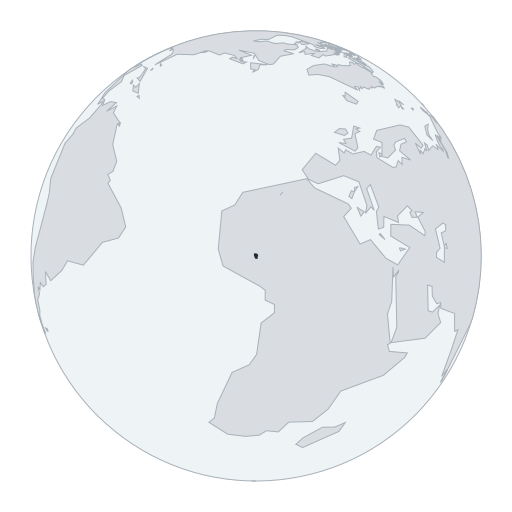 globe centered on Balé, rotated 39°
{"feature_id": "BFA-2803", "entity_name": "Balé", "entity_type": "Province", "adm_level": 1, "iso_a3": "BFA", "parent_name": "Burkina Faso", "parent_adm1": "", "projection": "orthographic", "projection_center": [-3.038, 11.667], "detail": "fine", "context": "on_globe", "style": "filled", "palette": "slate", "viewbox_px": 512, "rotation_deg": 39, "n_neighbors": 0, "source": "natural_earth", "source_scale": "10m", "svg_char_len": 9423}
<svg xmlns="http://www.w3.org/2000/svg" viewBox="0 0 512 512"><g transform="rotate(39 256 256)"><circle cx="256" cy="256" r="225" fill="#eef3f6" stroke="#a8b0b8"/><path d="M194.5,39.3L194.4,39.3L172.6,47.6L176.8,46.2L171.2,49.4L174.0,49.3L169.2,51.5L175.5,49.6L179.4,47.6L183.5,46.3L185.5,46.2L179.7,48.8L177.8,49.3L177.2,50.0L173.4,51.5L176.4,50.7L169.1,54.4L179.2,50.9L175.8,53.9L170.2,56.3L167.1,55.9L146.5,62.8L139.8,66.3L133.6,71.1L129.5,79.8L123.7,84.3L118.6,90.5L123.4,87.7L129.2,82.0L136.9,79.1L143.0,73.2L147.1,71.4L154.9,66.1L157.6,67.3L156.0,71.7L149.7,76.4L148.8,78.8L158.0,75.0L149.2,85.5L148.8,95.7L146.1,98.8L135.2,102.3L127.2,99.5L113.0,106.8L126.1,102.9L119.2,111.7L119.7,113.8L122.3,114.2L126.5,111.3L124.9,114.9L111.4,119.3L112.6,116.2L116.9,114.5L113.0,113.7L103.9,118.0L101.1,122.8L90.2,126.2L88.1,130.0L84.5,133.2L88.7,126.9L81.0,138.8L67.8,148.8L57.1,171.1L63.4,152.3L63.0,148.9L61.6,147.5L59.7,151.0L60.4,146.1L56.5,151.5L48.5,168.2L43.0,182.6L42.9,185.8L45.9,179.0L47.6,179.4L39.9,198.7L41.7,205.2L37.8,220.7L37.5,230.0L40.0,229.6L42.1,235.4L45.9,227.5L51.0,224.6L48.8,237.6L53.4,227.0L55.0,234.4L66.6,238.1L65.1,240.8L74.5,259.6L88.3,270.1L91.5,280.4L89.5,285.8L95.1,288.8L95.2,292.7L120.8,303.4L136.5,315.4L137.8,328.6L128.1,341.9L127.6,371.8L112.5,378.3L114.2,389.7L112.0,404.4L102.1,400.6L110.7,410.0L110.0,413.8L105.1,412.4L109.3,418.2L105.9,417.0L111.7,421.8L113.9,427.4L122.1,434.1L125.6,438.5L131.2,442.4L129.7,441.7L130.2,442.3L132.8,444.2L124.9,439.1L114.1,430.7L110.5,427.3L108.4,425.8L100.0,416.4L100.5,417.7L86.7,401.3L79.2,388.4L60.7,347.2L56.1,337.8L47.6,324.7L36.7,288.8L37.0,276.7L35.8,269.6L39.8,253.6L40.5,235.6L39.6,232.2L37.5,237.8L35.9,223.7L37.8,209.5L40.2,191.5L45.3,176.2L51.6,161.3L58.9,146.9L67.2,133.1L76.5,119.8L86.7,107.3L97.8,95.6L109.7,84.7L122.4,74.6L135.7,65.5L149.7,57.4L164.2,50.3L179.2,44.2L194.5,39.3ZM53.6,178.4L56.0,193.3L51.6,192.4L53.0,190.8L53.0,185.3L52.1,179.3L49.0,179.7L53.6,178.4ZM61.6,168.0L60.9,166.4L62.0,167.0L61.6,168.0ZM152.9,65.9L153.8,66.0L151.9,66.9L152.9,65.9ZM155.3,63.6L152.4,64.6L153.1,63.7L154.9,63.1L155.3,63.6ZM158.8,62.7L154.8,62.0L156.1,60.5L164.2,57.2L158.8,62.7ZM179.8,47.1L175.7,49.1L177.3,47.6L179.8,47.1ZM179.8,46.5L178.7,44.9L185.6,42.3L184.6,43.1L192.1,40.3L196.1,39.7L192.8,41.2L187.5,42.8L193.1,41.5L179.8,46.5ZM185.3,45.7L184.4,45.4L190.4,43.0L193.2,43.2L190.4,43.9L185.3,45.7ZM192.2,40.1L197.1,38.6L201.7,37.7L204.2,37.1L196.8,39.5L192.2,40.1ZM190.0,44.4L194.4,43.5L193.4,44.6L186.5,45.8L190.0,44.4ZM190.8,42.4L193.7,41.4L193.0,42.0L190.8,42.4ZM192.3,49.1L191.2,48.3L194.2,47.0L192.3,49.1ZM196.2,43.1L196.5,42.7L197.5,42.2L200.2,41.9L196.2,43.1ZM200.5,38.9L201.4,39.0L203.8,37.8L207.3,37.4L201.7,39.3L205.6,38.3L206.7,38.2L200.9,39.9L200.5,38.9ZM206.0,40.2L200.1,43.1L201.6,44.5L199.0,45.7L197.1,43.2L206.0,40.2ZM203.5,39.8L204.5,40.3L200.7,41.3L197.7,41.6L203.5,39.8ZM211.7,36.6L207.8,36.7L209.1,36.4L211.7,36.6ZM207.2,40.4L208.6,39.8L207.8,40.4L207.2,40.4ZM211.2,37.5L209.6,37.4L211.2,37.0L211.2,37.5ZM212.7,38.7L210.8,39.5L208.7,39.6L212.7,38.7ZM212.6,37.9L215.2,37.4L209.1,39.2L211.6,38.0L212.6,37.9ZM212.9,37.1L213.3,36.8L213.3,37.1L212.9,37.1ZM221.8,38.0L214.6,40.2L210.0,40.4L217.6,38.1L221.8,38.0ZM140.6,448.9L126.9,440.5L133.4,444.6L131.5,442.8L141.0,448.4L140.6,448.9ZM137.8,444.3L139.4,443.9L141.7,445.1L141.0,445.8L137.8,444.3ZM463.8,169.1L463.1,167.4L465.6,175.1L471.2,200.6L475.9,221.9L476.1,232.8L466.6,205.4L459.3,186.2L457.8,189.5L446.5,175.7L432.5,180.4L428.8,175.9L426.5,179.4L418.3,176.2L411.9,168.8L407.7,170.6L424.2,190.2L428.5,188.5L429.7,178.7L433.7,186.3L441.4,191.5L439.1,213.5L415.5,238.3L410.3,222.8L377.5,184.0L376.9,179.1L376.6,178.6L376.0,177.7L376.0,185.9L369.4,178.4L390.0,205.8L394.7,218.4L415.2,239.4L414.0,242.2L419.7,246.2L434.6,236.1L435.3,241.5L430.1,268.5L406.9,307.6L408.4,329.7L404.0,349.1L386.0,364.5L384.0,378.7L374.2,385.1L371.2,393.3L361.3,402.8L346.1,412.3L324.1,414.9L325.5,407.9L318.8,395.0L310.7,361.5L319.2,344.7L318.4,332.1L302.2,304.9L306.0,288.5L300.9,282.1L290.9,284.5L284.7,276.8L278.4,277.0L236.7,284.5L222.3,274.4L201.1,242.5L207.4,229.6L205.7,214.8L246.8,164.0L258.8,166.2L294.9,157.5L300.0,158.9L299.3,170.1L329.3,181.2L334.7,171.2L358.3,176.0L371.7,173.7L370.2,152.6L348.2,155.7L340.9,146.5L355.7,135.5L374.4,134.0L372.1,130.4L357.3,124.0L358.6,116.9L351.9,121.4L356.9,124.5L352.8,127.8L348.0,125.2L348.6,122.5L342.1,121.8L340.7,135.6L345.6,140.3L330.5,144.8L337.2,153.3L334.1,158.1L321.6,145.6L320.6,140.6L299.8,128.5L299.6,134.0L319.1,146.1L314.4,145.5L314.2,154.1L310.6,147.1L289.3,133.6L273.6,138.4L258.8,160.8L248.6,163.3L237.6,159.9L237.8,138.6L260.7,135.4L261.0,128.9L252.0,120.4L259.7,120.5L258.8,117.0L267.0,115.8L274.2,106.7L281.9,105.2L280.6,95.0L284.3,93.1L284.0,99.4L288.0,103.5L306.6,101.0L308.9,98.6L306.5,92.4L312.0,93.0L307.3,87.4L315.9,84.1L301.4,83.9L298.3,77.8L301.1,72.7L297.5,71.0L292.8,79.3L293.2,82.9L297.8,85.9L296.7,96.9L291.3,99.4L282.5,88.5L273.8,91.2L270.8,82.4L285.4,63.5L293.6,59.7L316.1,64.8L316.6,68.3L308.8,68.0L319.9,73.3L317.1,70.4L321.6,71.2L319.7,66.5L322.8,66.9L315.7,62.1L319.3,62.1L323.7,65.2L324.0,59.2L330.3,58.7L328.8,57.3L325.5,55.9L335.7,56.7L334.2,55.6L330.3,54.9L324.7,52.5L318.8,48.9L322.7,49.3L325.3,50.7L336.7,54.7L343.1,58.9L344.1,58.8L339.4,55.3L325.6,50.3L321.0,48.1L327.5,49.9L324.8,49.0L323.7,48.1L326.2,47.8L319.0,45.7L301.8,37.5L305.0,37.0L312.8,39.0L304.8,36.1L306.2,36.4L322.1,40.6L337.6,46.0L352.7,52.5L367.3,60.2L381.3,68.8L394.7,78.5L407.3,89.1L419.1,100.6L430.0,112.9L440.0,126.0L449.0,139.8L456.9,154.2L463.8,169.1ZM236.6,189.3L236.4,193.7L236.6,189.3ZM397.1,143.5L406.4,142.4L397.1,130.9L399.9,129.7L395.8,126.5L396.4,130.1L385.4,121.4L387.6,117.2L383.8,112.4L380.5,112.7L378.4,122.0L394.1,134.1L394.1,139.6L397.1,143.5ZM67.0,238.1L68.1,241.1L66.1,240.5L67.0,238.1ZM49.4,197.2L50.7,198.4L50.8,200.8L49.5,200.8L49.4,197.2ZM63.9,204.8L66.1,206.9L63.1,206.9L63.9,204.8ZM56.8,195.4L62.1,203.6L56.4,205.3L53.3,200.3L56.4,200.6L56.8,195.4ZM57.8,174.7L58.2,176.2L57.0,178.3L57.8,174.7ZM62.4,168.5L62.0,168.5L62.4,166.4L62.4,168.5ZM120.0,111.4L121.0,111.2L123.0,112.3L120.6,113.3L120.0,111.4ZM140.4,109.8L137.5,115.6L138.0,111.9L134.1,114.0L130.2,109.2L144.6,100.1L138.8,104.8L140.4,109.8ZM129.1,101.2L129.9,104.7L128.4,101.3L129.1,101.2ZM245.8,100.9L250.0,102.7L248.9,106.7L239.2,110.5L240.6,104.5L245.8,100.9ZM256.2,104.3L250.2,93.5L256.1,91.3L253.8,94.3L258.3,93.9L255.8,98.6L267.2,107.9L267.0,112.2L249.1,115.7L255.1,111.9L250.6,110.2L256.2,104.3ZM224.7,75.7L222.2,72.6L238.1,71.6L238.6,74.7L228.9,78.1L222.6,76.6L224.7,75.7ZM173.7,57.6L171.8,57.7L173.4,56.8L176.4,56.0L173.7,57.6ZM191.5,48.8L184.1,56.9L181.4,57.2L180.3,62.4L172.8,65.4L173.8,61.8L167.2,68.4L165.1,66.4L161.4,71.0L164.5,62.7L162.3,61.6L167.6,61.5L174.5,58.6L176.8,57.1L181.9,52.2L180.7,49.3L187.3,46.6L192.4,45.5L193.7,45.7L188.9,47.3L194.1,46.6L188.2,49.1L191.5,48.8ZM247.3,42.6L241.2,42.8L250.6,44.7L244.8,46.0L246.2,46.2L243.4,48.1L242.5,50.9L239.3,51.3L240.4,52.3L238.5,53.9L238.9,55.4L233.3,56.9L233.3,59.1L230.7,58.6L232.1,62.1L228.5,60.3L225.8,62.5L230.7,63.1L200.0,70.5L189.8,76.0L183.3,82.1L178.1,78.9L180.9,71.7L188.2,63.8L198.7,59.3L194.4,59.0L198.2,57.0L200.0,58.0L199.5,55.3L203.1,53.9L209.5,48.8L206.6,46.4L208.9,44.8L211.9,45.1L212.1,43.3L219.2,43.0L221.0,42.0L229.7,40.9L234.4,42.7L236.0,41.4L242.8,41.0L247.3,42.6ZM224.2,37.7L231.1,38.8L231.3,40.2L215.9,41.5L213.3,42.5L203.5,44.1L203.4,42.2L206.2,41.8L208.9,41.1L207.9,42.0L210.8,40.7L214.7,40.3L218.1,39.4L219.4,39.9L224.2,37.7ZM303.7,154.3L307.2,154.4L312.3,153.4L312.3,159.1L303.7,154.3ZM289.0,145.2L292.0,144.1L294.4,151.1L290.7,151.3L289.0,145.2ZM291.5,138.0L291.9,143.6L289.5,140.7L291.5,138.0ZM286.5,98.4L289.4,97.3L290.5,98.7L289.9,101.1L286.5,98.4ZM273.7,51.0L270.2,50.2L270.6,49.6L265.4,46.9L269.3,46.1L274.0,47.4L273.7,51.0ZM367.7,156.7L365.1,161.1L362.5,159.5L363.9,158.3L367.7,156.7ZM338.3,160.3L346.0,162.0L338.2,161.8L338.3,160.3ZM277.1,49.6L274.5,48.5L278.1,48.8L277.1,49.6ZM271.9,45.4L275.7,45.5L269.2,45.7L271.9,45.4ZM397.6,430.9L395.5,432.7L394.2,433.6L397.6,430.9ZM430.8,340.1L412.8,375.5L405.5,377.3L406.9,368.0L415.4,347.2L424.8,339.5L430.2,329.3L430.8,340.1ZM476.4,223.7L478.9,235.3L478.6,238.3L476.4,223.7ZM306.8,45.2L309.6,49.5L314.1,53.0L320.8,55.1L312.6,54.3L305.5,48.9L306.8,45.2ZM302.0,38.2L296.2,37.0L297.8,36.8L299.4,37.1L302.0,38.2ZM299.1,37.9L293.7,37.9L289.8,36.9L294.9,37.0L299.1,37.9ZM285.7,42.5L286.2,43.7L283.3,43.3L285.7,42.5ZM290.8,33.4L292.8,33.8L290.8,33.4L288.1,33.0L290.8,33.4Z" fill="#d9dde1" stroke="#a8b0b8" stroke-width="1"/><path d="M256.5,254.5L256.7,254.8L256.6,255.0L256.8,255.1L256.6,255.4L256.4,255.5L256.5,255.6L256.9,255.6L257.0,255.7L257.1,255.8L257.3,256.1L257.4,256.3L257.4,256.6L257.5,256.6L257.9,256.9L258.0,257.0L257.9,257.1L257.7,257.3L257.3,257.3L257.2,257.3L257.0,257.5L256.9,257.7L256.7,257.7L256.7,257.4L256.8,257.4L256.7,257.2L256.8,257.2L256.8,256.9L256.7,256.8L256.8,256.7L256.7,256.5L256.4,256.5L256.2,256.5L256.1,256.4L255.9,256.4L255.7,256.5L255.4,256.7L255.2,256.8L255.0,256.7L254.9,256.5L254.8,256.4L254.7,256.4L254.6,256.0L254.6,255.9L254.4,255.9L254.2,255.8L253.9,255.6L253.8,255.4L253.9,255.2L254.0,255.1L254.3,254.9L254.6,254.7L254.7,254.8L254.8,254.7L255.0,254.9L255.0,255.0L255.3,255.1L255.6,255.2L255.8,255.1L255.7,254.9L255.4,254.8L255.4,254.7L255.3,254.4L255.5,254.3L255.8,254.4L256.0,254.5L256.3,254.6L256.5,254.5Z" fill="#64748b" stroke="#1e293b" stroke-width="1.5"/></g></svg>